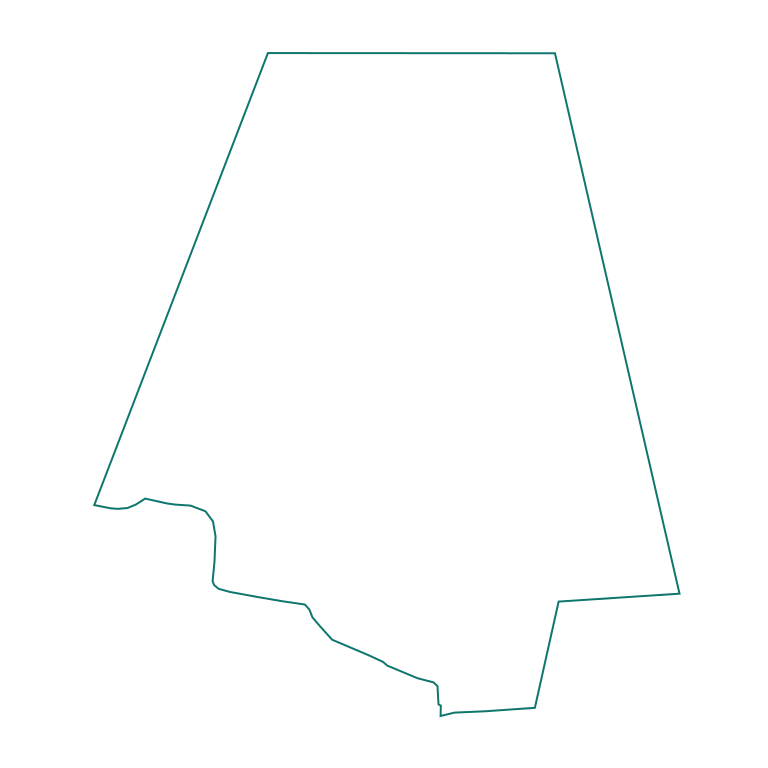 Fond Gens Libre, Soufrière, Saint Lucia (Robinson projection), rotated 89°
{"feature_id": "8701671B9474908465202", "entity_name": "Fond Gens Libre", "entity_type": "district", "adm_level": 2, "iso_a3": "LCA", "parent_name": "Saint Lucia", "parent_adm1": "Soufrière", "projection": "robinson", "projection_center": [-61.061, 13.808], "detail": "fine", "context": "isolated", "style": "outline", "palette": "teal", "viewbox_px": 768, "rotation_deg": 89, "n_neighbors": 0, "source": "geoboundaries", "source_scale": "gbopen_adm2", "svg_char_len": 653}
<svg xmlns="http://www.w3.org/2000/svg" viewBox="0 0 768 768"><g transform="rotate(89 384 384)"><path d="M598.8,92.2L56.3,207.3L51.1,494.3L500.0,675.8L503.5,659.6L504.2,652.2L503.5,642.6L500.3,634.4L494.4,624.8L499.6,603.3L500.9,595.1L502.2,579.6L508.1,564.8L518.4,557.4L533.4,555.1L558.7,556.6L578.1,558.8L582.0,557.4L585.9,552.9L589.2,541.8L595.0,512.9L599.2,490.7L603.1,467.0L608.3,462.5L616.1,459.6L625.2,452.1L638.8,440.3L655.0,404.0L661.8,389.9L665.7,385.5L678.7,355.8L683.3,339.5L687.1,335.8L705.3,335.1L706.6,332.8L716.9,333.2L713.8,319.3L713.0,288.9L710.4,238.8L604.6,213.2L598.8,92.2Z" fill="none" stroke="#0f766e" stroke-width="2"/></g></svg>